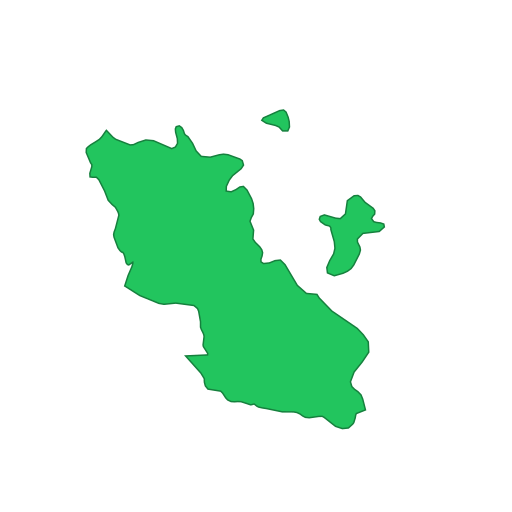 outline of Ferghana, rotated 231°
{"feature_id": "UZB-364", "entity_name": "Ferghana", "entity_type": "Region", "adm_level": 1, "iso_a3": "UZB", "parent_name": "Uzbekistan", "parent_adm1": "", "projection": "orthographic", "projection_center": [71.33, 40.325], "detail": "fine", "context": "isolated", "style": "filled", "palette": "green", "viewbox_px": 512, "rotation_deg": 231, "n_neighbors": 0, "source": "natural_earth", "source_scale": "10m", "svg_char_len": 3126}
<svg xmlns="http://www.w3.org/2000/svg" viewBox="0 0 512 512"><g transform="rotate(231 256 256)"><path d="M404.2,272.4L405.5,273.3L406.7,275.4L405.4,278.3L402.5,279.1L399.3,278.6L396.8,277.6L395.2,277.2L394.0,277.4L391.6,278.2L383.5,277.6L375.4,275.6L367.9,276.1L361.6,282.6L357.8,291.1L355.6,294.8L352.3,298.0L341.5,304.5L338.7,305.3L334.5,303.5L333.2,299.4L333.2,288.4L331.8,282.9L328.8,276.8L325.2,273.7L321.5,277.1L320.2,282.2L319.8,286.9L318.0,290.0L312.9,290.5L303.3,288.6L298.6,286.8L294.2,284.0L290.4,280.4L288.8,276.5L286.8,273.2L277.6,270.4L271.2,264.3L267.0,264.0L260.6,264.7L257.2,264.4L254.4,263.2L252.2,260.7L250.4,257.8L248.3,256.2L245.4,257.1L242.2,262.0L240.4,267.9L237.5,272.4L231.0,273.1L207.2,269.6L195.2,271.6L187.8,279.2L183.6,278.7L165.4,280.3L136.0,289.1L127.2,289.8L118.6,289.2L110.3,283.1L106.8,271.7L104.1,259.2L98.8,250.2L94.2,248.3L90.3,248.7L86.5,249.8L82.0,250.2L77.7,248.9L67.5,244.2L70.4,234.9L69.9,233.7L68.1,231.6L67.7,231.2L67.8,231.3L65.1,227.3L64.8,226.6L64.5,225.3L64.2,219.6L67.5,214.5L73.6,210.6L87.7,207.4L89.7,206.6L91.8,203.9L96.8,195.6L99.6,192.8L102.4,191.6L105.5,190.8L108.6,189.3L111.2,187.1L118.4,178.3L130.9,168.1L134.0,165.3L136.9,163.0L138.7,162.2L142.0,161.5L142.7,160.4L143.1,159.2L143.8,158.1L147.0,156.1L152.2,152.7L154.4,150.2L156.3,147.5L158.6,145.0L162.0,143.4L164.8,143.2L170.5,143.8L173.2,143.5L182.8,134.9L186.9,134.9L190.1,136.3L191.7,137.4L193.1,138.6L199.6,139.5L222.6,138.4L209.6,156.1L210.7,157.2L218.7,158.1L220.2,158.9L226.0,164.9L227.5,165.8L229.6,166.5L233.3,167.3L235.6,168.1L239.8,171.5L249.0,176.6L251.9,177.5L256.6,176.6L269.9,164.0L276.4,154.1L280.3,150.7L298.4,140.8L315.3,135.1L321.3,144.3L325.8,152.9L327.9,155.8L328.7,156.3L329.1,151.5L330.3,150.7L332.4,150.8L338.0,153.6L340.7,154.6L342.7,154.8L343.7,154.0L345.9,153.7L349.2,153.9L359.9,157.5L362.2,158.8L363.9,160.8L365.7,163.9L374.0,175.1L375.7,176.0L377.6,176.6L382.4,177.4L386.5,176.6L392.3,176.2L401.9,179.3L414.2,181.9L417.7,181.5L419.9,178.7L421.9,176.8L424.8,178.9L428.8,184.7L430.3,185.9L432.6,186.1L443.3,189.2L446.2,191.8L446.4,193.1L446.5,194.6L446.4,197.8L445.7,202.9L445.2,207.7L445.7,211.4L447.5,217.5L447.8,218.8L438.5,219.5L435.0,220.4L421.5,228.1L419.6,230.9L418.4,235.9L415.5,243.4L410.1,248.9L392.5,258.1L391.4,261.9L392.9,265.9L396.7,268.7L402.7,271.4L404.2,272.4ZM197.9,300.9L202.5,303.8L206.0,310.4L208.8,317.7L212.3,322.2L217.9,325.9L229.4,330.8L230.1,331.4L230.9,331.9L232.5,332.1L233.5,331.7L235.8,329.9L236.8,329.3L242.1,327.8L244.7,328.3L246.3,330.8L244.9,335.0L235.3,341.7L232.0,345.0L232.4,352.0L241.5,361.8L241.1,370.1L238.9,373.3L236.0,374.4L229.1,374.5L219.3,377.1L216.3,376.8L213.9,374.6L213.4,371.6L212.4,369.3L208.5,369.1L206.2,370.8L203.3,373.6L200.4,375.4L197.8,374.0L197.5,367.2L206.3,353.3L205.4,345.5L203.0,343.6L197.6,342.4L194.9,340.9L192.5,337.5L187.5,326.3L186.4,322.0L186.6,317.5L187.8,312.8L191.4,304.4L197.9,300.9ZM357.8,345.9L358.7,348.7L354.1,365.9L352.1,369.3L348.9,369.9L343.6,368.3L339.6,366.4L335.2,363.2L333.2,359.4L336.5,355.4L341.7,355.1L345.2,353.3L352.7,347.6L357.8,345.9Z" fill="#22c55e" stroke="#15803d" stroke-width="1.5"/></g></svg>